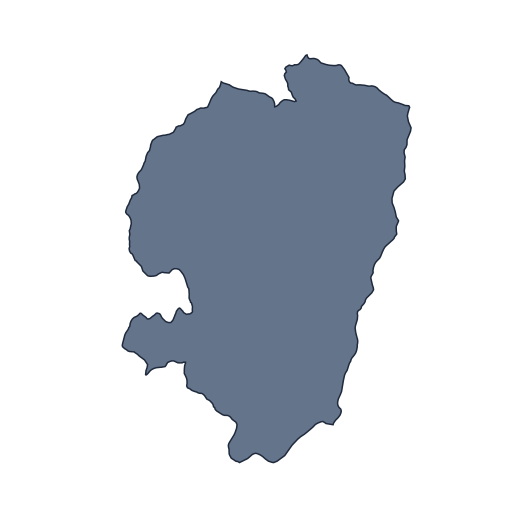 outline of Bumdeling, Tashi Yangtse, Bhutan, rotated 189°
{"feature_id": "84629894B8904358941352", "entity_name": "Bumdeling", "entity_type": "district", "adm_level": 2, "iso_a3": "BTN", "parent_name": "Bhutan", "parent_adm1": "Tashi Yangtse", "projection": "natural_earth1", "projection_center": [91.504, 27.79], "detail": "fine", "context": "isolated", "style": "filled", "palette": "slate", "viewbox_px": 512, "rotation_deg": 189, "n_neighbors": 0, "source": "geoboundaries", "source_scale": "gbopen_adm2", "svg_char_len": 6122}
<svg xmlns="http://www.w3.org/2000/svg" viewBox="0 0 512 512"><g transform="rotate(189 256 256)"><path d="M240.0,49.4L232.5,54.7L228.5,59.5L227.1,60.4L225.5,61.1L223.7,61.0L220.7,60.2L218.1,59.0L214.8,56.9L211.6,55.3L207.7,54.7L206.3,54.7L203.1,56.6L196.4,63.4L190.9,74.6L186.3,81.4L183.6,84.6L180.5,87.4L178.0,90.1L173.2,95.7L171.0,98.9L168.9,100.6L165.7,102.5L164.0,103.0L162.5,102.4L160.7,101.5L153.5,101.4L153.2,103.3L152.3,105.1L151.4,106.8L150.2,108.3L149.0,110.3L148.1,112.1L147.6,114.3L147.5,116.1L148.3,118.0L150.4,119.5L151.8,121.4L152.4,123.4L152.5,125.3L152.3,127.8L151.0,132.4L150.3,135.6L150.2,146.9L149.9,152.1L149.4,154.3L148.1,157.4L147.2,163.5L146.8,165.2L146.1,166.6L145.9,168.7L145.4,170.2L143.3,173.8L142.4,175.9L141.9,178.3L141.8,180.5L141.8,182.5L142.1,184.2L142.0,186.0L142.2,187.9L142.7,189.6L143.7,191.7L145.6,196.2L146.8,200.3L146.9,202.4L146.0,209.1L146.3,213.1L146.9,214.8L147.0,217.0L146.1,218.3L144.9,219.3L144.0,220.9L143.9,222.8L141.9,225.9L141.1,227.9L141.0,230.0L140.1,232.0L135.9,237.7L134.6,241.0L135.1,242.8L136.7,246.0L139.2,252.3L139.1,253.9L137.7,257.7L138.2,260.0L138.2,262.0L138.1,263.6L137.8,265.4L137.4,267.0L136.8,268.4L136.0,269.8L133.6,273.1L132.8,275.4L132.0,279.1L131.0,282.7L130.2,284.8L129.2,286.3L123.3,293.6L122.4,295.0L122.2,296.4L120.4,299.6L121.4,302.9L122.1,307.1L120.8,312.3L120.7,313.1L123.5,316.4L125.5,321.7L127.3,325.5L129.8,329.7L130.7,334.1L129.9,341.7L126.8,346.4L121.9,352.2L120.6,355.5L121.6,359.9L122.8,362.9L123.0,367.6L124.2,373.4L124.2,377.0L125.9,381.1L126.2,384.1L124.9,386.6L124.3,389.6L125.0,394.5L122.9,403.3L122.9,406.9L126.4,412.4L128.4,417.9L128.4,420.4L127.8,425.3L127.5,426.9L128.6,428.3L132.4,428.0L134.3,428.5L139.4,429.5L141.1,429.5L143.1,429.7L144.9,430.4L147.8,432.2L149.0,433.1L152.3,435.3L154.1,435.8L157.5,437.4L161.0,439.5L162.5,440.8L164.4,441.7L166.5,442.1L168.5,442.1L170.3,441.5L172.0,441.4L175.2,441.6L180.2,441.3L184.0,440.6L185.8,441.0L187.7,441.7L189.7,441.7L191.2,442.9L192.0,444.8L192.1,446.9L197.8,454.0L201.5,457.5L203.0,457.9L204.8,457.6L206.1,456.9L207.8,456.4L210.7,456.1L213.9,455.9L216.9,456.1L222.1,456.9L224.9,459.1L226.2,459.7L227.6,460.0L229.7,460.2L233.4,459.3L235.0,459.5L236.3,461.0L237.1,462.6L238.3,461.8L239.9,458.6L242.5,454.1L244.1,451.9L246.2,451.1L247.9,450.9L248.2,450.6L249.8,449.6L251.2,449.5L253.1,449.7L256.0,447.3L256.8,445.5L255.5,444.1L254.8,442.4L256.0,440.7L256.3,438.7L254.6,435.3L252.4,432.6L251.5,430.9L251.2,428.8L250.3,427.1L249.8,425.3L246.8,423.4L245.1,420.2L243.9,418.5L242.7,417.8L241.6,416.8L240.6,415.3L242.1,414.5L246.9,415.1L250.5,415.1L252.4,414.8L254.0,413.7L255.5,412.1L256.4,410.9L257.1,409.3L259.2,407.1L260.9,406.3L261.4,409.2L262.4,411.4L264.3,414.0L265.8,414.8L267.5,415.2L271.3,417.2L272.6,417.7L274.5,417.8L278.3,417.6L280.2,418.3L281.9,418.6L284.7,418.4L286.9,417.9L288.6,417.8L290.7,418.2L299.3,418.2L304.3,419.0L305.8,419.4L309.1,420.9L315.6,421.8L317.6,422.7L317.9,419.1L318.6,416.4L319.5,415.5L320.1,414.2L321.1,411.1L323.4,407.7L324.2,406.0L324.9,404.0L325.9,399.8L327.0,395.8L327.8,395.0L329.2,394.6L330.5,393.9L334.0,393.4L335.6,392.3L337.3,391.5L339.3,389.2L343.5,386.0L345.1,385.0L346.8,380.5L347.5,376.6L348.4,374.7L351.2,372.7L352.9,372.3L355.1,370.7L355.2,369.7L356.9,365.3L360.7,362.6L362.4,362.1L364.7,361.1L366.6,360.7L372.2,358.4L375.3,355.0L376.2,354.2L376.6,353.1L377.4,349.3L377.3,347.3L377.7,343.5L379.2,341.1L380.1,337.4L380.3,332.2L381.1,330.3L381.3,328.6L382.4,324.3L383.1,322.6L384.4,320.9L385.2,319.3L385.8,317.6L386.0,315.8L385.8,314.7L385.3,313.2L384.4,311.8L382.5,308.5L381.6,304.8L382.2,302.6L383.1,300.4L384.0,299.1L385.5,298.3L386.5,297.2L387.7,296.5L388.0,295.9L387.8,295.1L388.2,293.4L388.9,291.6L389.8,287.3L390.9,284.5L391.6,280.4L391.6,279.1L391.3,278.4L389.9,277.0L388.2,276.2L386.2,273.9L385.0,271.7L384.2,268.3L384.4,266.3L384.5,263.4L385.1,261.2L384.0,257.7L384.1,254.3L383.7,252.2L383.3,251.4L383.0,250.2L382.8,248.0L382.2,245.5L382.5,243.5L381.7,241.2L380.2,239.3L379.3,239.0L378.2,238.3L374.6,232.6L373.2,232.3L372.9,231.7L367.7,227.9L366.5,225.7L365.4,223.5L360.0,219.6L358.7,219.4L357.2,219.4L353.4,220.3L351.3,221.2L349.3,223.2L346.8,224.9L345.9,225.3L344.1,225.2L339.2,225.6L336.6,229.5L334.6,230.7L332.4,231.0L329.9,230.7L328.1,229.4L324.8,226.2L322.6,222.9L318.6,214.7L317.3,213.2L316.8,211.5L315.9,207.3L315.5,204.0L314.6,202.2L313.9,201.5L313.4,200.1L312.6,199.8L312.0,198.7L310.8,196.0L310.5,192.8L310.0,191.0L310.5,190.1L312.3,188.4L314.1,188.1L315.5,187.5L318.7,188.8L319.8,190.2L320.5,190.6L322.3,192.1L323.2,192.6L323.7,192.5L324.7,191.5L326.0,188.9L326.2,187.1L326.7,185.4L327.0,183.7L328.0,179.7L329.6,177.1L330.5,176.8L332.2,176.6L334.9,177.1L338.7,179.8L339.8,181.0L341.4,183.3L342.0,183.7L343.0,184.1L343.7,184.0L344.7,184.2L345.6,183.8L347.4,181.4L348.6,180.4L350.9,177.7L352.4,177.0L353.2,176.8L353.9,177.1L355.1,178.2L358.2,179.8L360.4,181.3L361.3,181.4L361.9,181.0L362.4,179.9L364.1,178.0L366.7,176.3L368.2,174.5L369.3,172.0L369.7,169.7L369.7,166.7L370.5,165.2L370.7,163.7L372.6,159.7L373.2,157.5L374.1,148.2L374.1,146.7L373.6,145.5L371.3,144.0L369.0,143.1L368.2,142.4L366.2,141.9L361.2,142.2L360.4,141.6L357.9,140.5L356.4,139.5L355.8,139.0L349.8,135.9L346.1,131.8L346.1,128.9L346.7,125.6L346.5,121.6L346.1,121.3L345.6,121.5L344.5,122.9L342.6,126.0L341.4,127.4L339.8,128.6L338.5,129.4L336.6,130.2L331.5,131.5L328.5,132.6L327.9,133.6L326.7,136.9L324.5,138.4L322.8,139.2L320.8,139.5L316.5,138.3L314.6,138.5L312.0,139.0L311.2,139.7L309.0,140.1L308.9,139.3L309.3,136.4L309.1,133.0L308.4,128.6L307.6,127.6L305.7,124.8L304.8,122.7L304.2,119.8L304.1,116.7L303.0,115.1L300.6,114.5L298.5,113.3L296.0,112.7L293.1,112.3L291.9,111.8L290.2,111.6L288.2,111.8L287.3,111.6L285.1,110.2L282.2,107.0L279.2,106.0L276.4,103.9L275.2,102.6L274.3,100.4L273.1,99.8L272.2,98.0L270.6,96.8L264.2,94.0L262.3,93.7L259.0,94.1L257.3,93.6L255.9,92.8L254.7,91.5L253.4,90.6L249.9,88.8L249.1,87.7L248.4,86.6L248.2,82.9L248.8,79.5L249.2,77.5L249.8,75.6L253.1,67.7L253.6,66.1L253.7,64.6L253.3,63.0L252.4,60.9L251.7,57.1L251.3,55.8L248.9,52.5L243.6,50.1L241.9,50.2L240.0,49.4Z" fill="#64748b" stroke="#1e293b" stroke-width="1.5"/></g></svg>